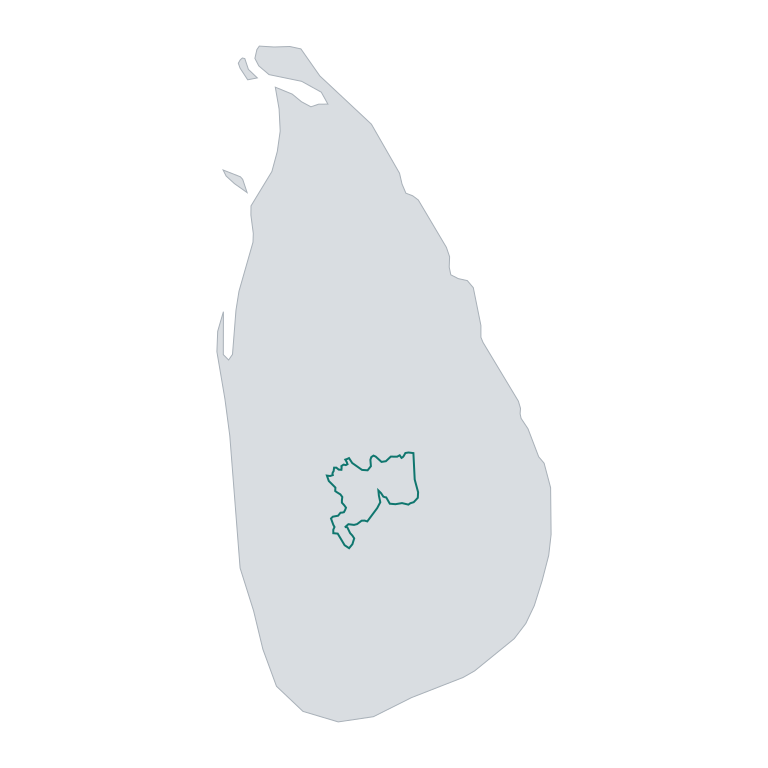 Sri Lanka, with Mahanuvara highlighted
{"feature_id": "LKA-2448", "entity_name": "Mahanuvara", "entity_type": "District", "adm_level": 1, "iso_a3": "LKA", "parent_name": "Sri Lanka", "parent_adm1": "", "projection": "robinson", "projection_center": [80.641, 7.216], "detail": "fine", "context": "in_parent", "style": "outline", "palette": "teal", "viewbox_px": 768, "rotation_deg": 0, "n_neighbors": 0, "source": "natural_earth", "source_scale": "10m", "svg_char_len": 2400}
<svg xmlns="http://www.w3.org/2000/svg" viewBox="0 0 768 768"><path d="M259.3,46.1L274.1,47.0L289.8,46.5L300.9,48.9L319.8,75.9L371.4,124.2L399.5,173.2L402.0,184.0L405.9,193.2L412.7,195.8L418.3,200.0L446.4,247.4L449.6,256.8L449.2,267.1L450.8,274.8L458.2,278.6L467.3,280.6L473.3,287.7L480.9,325.5L480.9,337.3L483.0,342.4L518.4,401.2L520.5,408.4L520.1,413.8L521.1,418.4L528.0,428.8L538.7,456.8L544.1,463.2L550.6,487.7L551.1,534.5L548.7,555.4L542.1,580.8L534.3,605.6L525.8,623.5L514.2,638.7L474.6,670.9L463.2,677.4L411.5,697.6L373.4,716.7L338.2,721.9L303.0,711.4L276.5,686.3L262.9,649.3L253.6,610.8L240.1,568.0L229.8,435.8L224.9,398.8L216.9,351.7L217.7,331.3L223.4,311.7L223.3,354.6L228.6,360.0L232.5,354.4L236.0,310.0L239.0,291.2L253.0,242.2L253.3,233.5L250.9,215.1L251.0,205.9L271.9,171.5L277.3,151.5L280.2,131.1L279.1,109.0L275.3,87.2L292.2,94.1L301.4,101.7L310.9,106.8L318.6,104.2L327.9,104.1L321.3,92.2L301.6,81.3L269.0,74.6L258.8,65.9L254.9,58.4L256.9,49.6L259.3,46.1ZM242.7,179.4L247.1,192.6L234.4,183.6L226.1,176.0L223.1,170.0L240.4,176.8L242.7,179.4ZM257.3,77.9L247.7,79.8L240.1,68.2L238.3,63.2L240.3,59.8L242.4,58.0L244.8,58.6L248.4,69.4L257.3,77.9Z" fill="#d9dde1" stroke="#a8b0b8" stroke-width="1"/><path d="M333.3,533.2L333.3,529.7L334.5,527.0L333.3,524.8L331.0,518.5L332.8,516.7L338.1,515.7L340.5,512.7L342.2,512.6L343.9,512.2L345.1,510.0L346.0,507.7L344.2,505.2L341.9,502.7L341.9,500.1L342.3,497.0L340.4,494.4L336.5,492.0L335.2,491.0L335.4,487.6L328.8,481.0L326.9,475.6L330.1,476.0L332.8,475.1L332.6,474.3L332.5,473.2L333.0,472.1L333.6,471.2L334.1,467.7L336.4,467.7L338.7,469.6L341.4,469.8L341.6,468.0L341.4,466.1L343.6,464.6L345.8,465.1L347.5,464.2L346.6,461.8L345.3,459.6L347.1,459.0L349.0,458.1L352.2,463.0L362.0,469.9L367.6,470.3L370.9,466.2L370.4,459.8L371.3,457.1L373.5,455.6L375.7,456.6L381.5,461.9L385.9,461.2L390.8,456.6L397.1,456.7L399.7,455.3L401.5,457.9L402.7,457.2L403.6,456.2L405.4,453.0L408.5,452.5L413.4,453.1L414.7,479.5L418.1,492.2L417.8,497.8L413.7,502.2L410.4,503.2L408.4,504.6L402.0,503.1L395.4,504.2L389.8,503.7L386.2,497.4L384.9,497.2L383.3,496.6L381.1,493.2L378.4,490.5L378.9,495.6L380.3,502.2L377.2,508.1L367.3,521.4L364.6,520.6L361.6,520.7L357.1,524.1L354.0,524.9L348.4,524.2L344.9,527.3L346.2,526.9L347.4,527.5L350.1,533.1L352.4,535.6L354.2,538.4L352.4,544.2L349.1,548.2L344.6,545.2L337.7,533.6L333.3,533.2Z" fill="none" stroke="#0f766e" stroke-width="2"/></svg>